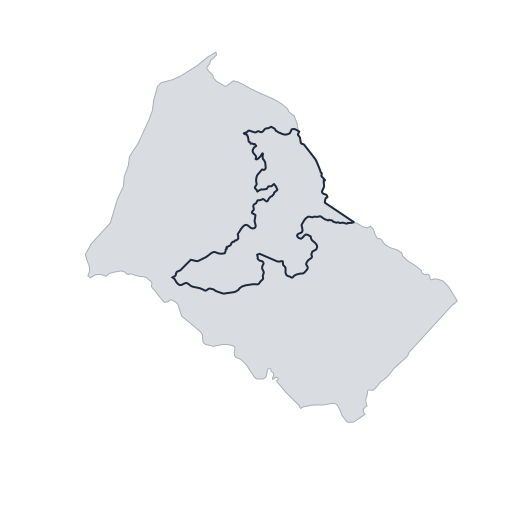 Brong Ahafo highlighted on a map of Ghana, rotated 133°
{"feature_id": "GHA-2159", "entity_name": "Brong Ahafo", "entity_type": "Region", "adm_level": 1, "iso_a3": "GHA", "parent_name": "Ghana", "parent_adm1": "", "projection": "albers", "projection_center": [-1.701, 7.588], "detail": "fine", "context": "in_parent", "style": "outline", "palette": "slate", "viewbox_px": 512, "rotation_deg": 133, "n_neighbors": 0, "source": "natural_earth", "source_scale": "10m", "svg_char_len": 8747}
<svg xmlns="http://www.w3.org/2000/svg" viewBox="0 0 512 512"><g transform="rotate(133 256 256)"><path d="M310.8,71.3L314.5,74.8L315.3,76.8L314.0,84.4L311.3,89.7L309.6,94.7L309.9,97.2L311.5,99.7L317.1,103.6L320.0,106.1L323.4,109.9L327.4,113.7L334.1,118.5L336.9,119.4L336.8,120.8L335.9,122.6L335.3,140.9L334.8,145.6L334.4,148.0L333.8,154.8L333.1,155.8L331.8,155.7L330.6,156.0L330.4,157.3L330.8,158.7L334.9,159.7L334.0,160.7L331.0,161.7L329.6,163.7L330.2,166.1L328.6,168.0L329.1,169.2L330.2,170.1L331.9,169.8L336.6,166.6L338.5,166.3L341.0,166.9L345.5,171.7L345.7,174.0L343.9,182.1L342.2,188.3L341.9,196.6L343.8,201.2L343.6,203.7L341.5,206.0L336.9,209.2L337.2,211.4L339.4,215.4L343.3,219.9L351.1,225.5L355.2,232.8L355.3,235.7L352.9,238.7L350.2,241.3L349.3,245.1L350.7,269.5L344.6,280.2L344.6,283.2L345.2,286.7L346.8,288.9L349.9,289.4L352.5,291.5L351.6,298.9L350.3,306.6L350.1,310.2L349.4,312.0L347.0,313.4L346.1,315.8L346.7,318.8L346.3,321.0L347.6,323.8L350.4,327.3L354.9,336.1L356.7,336.8L357.4,338.6L357.0,340.4L358.7,344.3L363.7,348.1L369.0,351.5L373.2,351.9L374.2,355.0L377.0,358.8L379.1,360.5L382.3,361.6L384.9,362.1L385.1,365.4L380.3,367.6L377.1,371.0L374.7,376.2L371.3,381.8L359.6,384.8L355.2,384.9L331.1,385.1L308.6,396.3L295.7,400.3L287.7,406.6L277.0,411.0L269.5,416.4L253.9,419.0L228.4,427.5L220.4,430.9L212.3,436.8L199.1,443.7L194.0,443.6L183.7,437.1L175.9,433.9L157.0,428.9L142.9,426.9L136.1,424.8L134.2,424.4L135.8,422.1L139.7,422.0L143.9,422.7L147.0,420.9L151.6,420.7L152.8,418.9L153.2,414.2L153.2,410.5L154.8,408.8L155.2,404.3L153.0,394.5L151.4,393.4L143.1,392.0L142.5,390.0L141.0,388.0L139.5,382.9L137.7,375.4L134.9,366.0L129.4,350.6L128.0,345.2L127.1,339.6L126.9,333.0L128.1,330.5L127.9,327.1L127.4,323.7L131.3,315.9L139.0,306.3L140.6,302.9L142.0,300.5L142.2,297.0L143.6,285.8L147.3,272.3L149.6,267.2L151.2,264.5L153.0,260.0L153.5,257.9L160.6,252.6L163.8,251.2L164.5,249.1L163.4,246.8L163.9,245.3L165.6,244.5L168.2,243.9L170.0,241.7L167.1,225.0L164.8,208.4L164.6,207.0L163.2,204.7L161.8,197.8L159.5,193.8L156.2,192.6L156.2,188.9L159.5,182.5L160.4,178.7L158.8,177.6L158.6,174.7L159.8,170.0L159.2,167.1L158.6,164.0L155.2,156.7L154.3,151.6L156.1,148.6L156.1,142.0L154.2,131.8L153.9,125.4L155.2,122.8L154.6,120.2L152.1,117.8L152.0,115.4L154.1,113.2L153.8,111.4L151.2,110.1L148.8,106.9L146.7,102.0L147.2,94.1L151.2,79.5L151.7,78.2L156.2,78.3L156.2,79.0L170.2,78.9L186.1,78.7L205.2,78.5L222.6,78.4L223.3,77.7L226.2,76.9L243.7,78.4L254.7,77.6L259.3,78.1L262.7,79.1L270.3,78.5L274.3,78.8L277.4,82.5L278.6,82.4L280.3,80.9L283.3,79.1L286.4,77.7L288.6,74.8L289.9,72.7L291.9,73.1L294.8,73.0L296.7,71.2L297.5,68.3L310.8,71.3Z" fill="#d9dde1" stroke="#a8b0b8" stroke-width="1"/><path d="M166.2,244.4L167.0,244.1L169.6,242.5L170.0,241.7L164.7,208.8L164.5,207.9L164.8,207.7L165.0,208.0L165.6,208.1L166.8,208.8L169.2,211.4L169.5,211.2L170.0,211.4L170.8,212.2L172.5,215.4L174.6,217.0L175.4,219.0L176.8,219.9L178.3,223.0L178.0,224.1L178.4,225.1L179.1,225.9L179.7,227.2L180.8,227.5L181.1,228.0L181.2,228.6L181.9,229.9L182.4,231.9L182.9,235.6L183.4,236.4L185.1,237.5L185.9,238.2L187.5,240.3L189.3,241.2L190.8,243.7L191.8,244.7L193.9,245.2L196.4,245.2L201.9,244.0L202.6,243.5L203.5,241.9L204.0,241.4L204.7,240.4L205.7,239.3L206.9,238.7L208.3,238.9L210.6,240.0L211.8,240.3L212.9,240.0L213.5,239.2L213.7,238.1L213.7,237.1L212.7,234.9L210.9,234.5L208.7,234.6L206.5,234.3L205.9,233.8L205.4,232.9L205.0,231.9L204.9,230.9L204.4,229.4L204.7,228.9L205.5,227.9L206.1,226.6L206.3,225.5L206.1,222.0L206.2,220.8L206.4,219.5L206.9,218.4L207.7,217.4L210.0,216.4L214.4,217.8L216.1,217.0L216.8,216.8L217.4,216.2L218.0,214.9L218.7,214.4L219.4,214.2L219.9,214.2L223.3,214.9L223.9,214.9L226.0,214.6L227.6,213.9L228.0,213.5L228.7,210.9L229.3,210.2L230.2,209.6L231.6,209.4L234.7,209.3L236.1,209.5L236.9,209.9L238.9,211.8L241.8,213.7L243.3,214.3L244.5,214.6L246.6,214.6L247.1,214.8L247.4,215.0L247.7,215.9L248.0,217.2L248.9,219.1L249.1,220.1L249.1,221.0L248.3,222.7L247.9,223.2L244.9,225.9L244.6,226.3L244.3,226.8L244.2,227.5L244.1,229.4L244.0,230.1L243.5,230.8L242.5,231.8L242.1,232.2L241.7,233.0L242.6,234.0L244.2,235.1L245.0,236.1L245.6,237.1L251.8,254.5L252.1,255.0L254.3,256.0L255.1,254.9L255.6,253.9L256.7,253.2L256.8,252.9L257.0,252.2L256.9,250.4L256.6,249.6L255.7,248.1L255.6,247.5L255.7,246.4L256.1,245.6L256.6,245.2L259.0,244.5L259.7,244.1L261.0,242.9L262.2,239.9L262.6,239.2L263.7,238.5L265.6,237.7L266.4,236.9L267.5,235.6L267.8,235.3L268.3,235.2L269.3,235.2L271.2,235.4L274.4,235.0L275.1,235.2L275.8,235.7L276.7,236.7L278.2,238.5L284.2,243.4L287.4,245.2L288.5,245.6L290.8,246.0L291.9,245.9L292.5,245.7L295.8,246.6L297.0,247.1L305.1,253.6L305.8,254.4L306.4,255.5L309.0,261.4L309.4,264.1L309.6,264.7L311.1,267.3L312.1,268.2L312.7,268.4L315.1,268.9L315.8,269.3L316.1,269.8L316.3,270.4L316.4,271.1L317.8,275.0L321.7,281.5L322.3,283.2L322.6,287.0L323.0,288.2L323.5,288.9L325.6,289.9L327.2,290.4L328.1,290.9L328.8,291.5L329.4,292.2L329.6,294.0L329.6,294.8L329.4,296.5L328.4,299.7L328.4,300.7L328.6,302.5L325.9,301.6L325.5,301.5L325.1,301.6L324.2,302.0L323.2,302.6L322.3,303.0L321.6,303.0L321.1,303.0L319.1,302.0L317.9,301.6L303.2,301.1L300.6,296.5L299.5,295.1L299.1,294.9L290.6,291.7L284.6,290.7L282.8,290.1L281.9,289.6L281.5,289.2L280.9,288.2L279.9,285.7L278.5,283.5L277.5,282.5L276.1,281.3L275.4,280.9L275.0,280.8L274.5,281.1L273.3,281.5L272.8,281.8L271.9,282.6L271.2,282.6L270.8,282.3L270.6,282.3L270.0,283.3L269.4,283.6L269.1,283.5L268.9,283.1L267.3,282.7L266.2,282.1L264.6,282.1L263.9,282.6L263.6,282.7L261.6,282.7L261.0,282.4L260.6,281.8L260.3,281.7L258.9,281.9L258.6,281.7L258.0,281.2L257.8,281.0L255.6,280.8L255.2,280.9L254.5,281.8L253.4,282.7L252.9,283.8L252.5,284.2L251.4,284.5L248.0,285.0L246.8,285.4L245.7,285.4L244.4,285.6L243.1,285.6L241.8,285.4L240.7,285.1L240.0,284.4L239.7,284.0L239.3,283.1L239.2,282.6L239.0,279.1L238.3,277.4L237.6,276.8L236.8,276.3L236.3,276.1L235.5,276.1L234.4,276.6L233.8,277.2L231.9,280.2L231.2,281.1L228.4,282.9L226.5,284.3L226.4,284.7L226.4,285.0L226.9,286.4L227.3,288.1L227.0,288.7L225.8,289.1L224.5,289.1L223.8,289.2L223.3,289.5L222.6,290.2L221.7,291.7L221.3,292.1L220.6,292.5L219.6,292.6L218.6,292.4L217.7,292.0L217.3,292.0L216.6,292.1L215.0,292.6L214.5,292.7L214.1,292.7L213.8,292.5L213.1,291.7L212.4,291.1L211.1,290.4L209.6,289.8L209.4,289.3L209.2,288.6L209.1,286.1L208.8,285.4L208.3,285.1L207.5,285.1L205.3,285.7L203.1,285.8L202.2,285.6L201.5,285.2L201.2,285.1L200.3,285.2L198.8,285.2L198.4,285.3L197.6,285.8L196.8,285.9L194.0,285.5L193.3,285.5L192.8,285.7L192.1,287.8L191.6,288.5L191.5,289.1L191.5,290.1L191.2,291.0L191.1,291.8L191.8,292.1L192.5,292.2L193.9,292.1L194.5,292.3L196.1,294.0L196.8,294.4L199.3,294.0L199.8,294.0L202.2,295.9L203.8,297.6L204.3,297.9L207.9,299.0L207.8,299.5L207.2,300.5L207.3,301.8L206.9,303.3L206.5,303.7L205.4,303.9L204.2,304.1L203.2,304.4L202.6,305.0L201.2,306.9L200.4,307.7L198.8,308.9L197.2,309.8L196.1,310.2L189.0,310.6L188.5,310.5L188.3,310.3L187.9,309.1L187.6,308.9L187.2,308.7L185.9,308.6L185.6,308.7L184.8,309.1L181.2,313.2L180.9,313.7L180.9,314.4L180.4,315.7L180.4,316.9L179.8,317.9L178.6,319.1L177.9,319.7L176.9,320.2L176.7,320.4L176.5,321.2L176.8,321.3L177.5,321.3L179.6,320.7L182.5,320.8L183.7,320.9L184.3,321.1L184.9,321.4L185.2,321.9L185.3,322.1L185.3,322.4L183.8,323.2L183.2,323.9L182.9,324.7L182.4,328.5L181.8,329.7L181.5,330.1L180.5,330.7L178.7,331.3L178.1,331.4L177.4,331.3L175.5,330.9L175.3,331.1L175.0,332.7L175.0,333.3L175.2,333.5L175.9,333.9L176.3,335.5L177.2,336.2L177.5,336.6L176.9,337.9L177.2,338.7L177.3,339.2L176.9,340.0L175.4,341.6L174.9,342.6L174.4,343.1L174.1,344.0L173.6,344.7L173.8,345.6L173.5,346.0L173.4,346.5L173.7,346.9L174.3,347.1L174.5,347.3L174.6,347.9L174.5,348.5L174.1,348.5L172.8,347.6L171.8,347.2L169.6,347.0L169.0,346.6L166.4,341.1L165.8,340.5L163.7,339.8L163.1,339.3L162.8,338.9L162.6,338.3L162.3,337.1L161.7,336.5L161.0,336.1L159.9,335.9L157.7,336.1L157.0,336.1L156.3,335.9L153.8,334.0L153.3,333.8L151.7,333.3L151.2,333.0L151.0,332.7L150.9,331.8L150.4,330.3L150.2,329.2L150.3,328.5L150.9,327.1L150.4,325.3L150.4,324.2L149.4,321.8L149.1,320.6L147.8,318.0L146.3,316.5L144.5,315.5L143.6,315.2L143.0,315.0L142.3,315.2L139.8,316.1L138.8,316.1L138.1,315.7L137.2,314.8L136.6,313.7L136.2,312.5L135.5,309.3L138.5,308.3L138.8,307.9L139.3,304.9L139.6,304.3L142.3,301.0L142.8,299.9L142.8,299.1L142.2,298.1L141.8,297.3L141.8,296.6L144.7,278.6L145.5,276.3L149.7,267.3L150.7,265.8L150.6,264.7L150.6,264.4L151.1,263.9L152.4,263.2L152.9,262.7L153.1,262.0L153.3,257.6L153.5,257.2L153.9,257.2L154.2,257.4L154.6,257.9L155.6,257.1L158.2,254.1L159.3,253.3L162.8,252.2L164.0,251.6L164.5,250.8L164.6,249.8L164.2,248.4L163.4,246.7L163.3,246.0L163.6,245.0L164.0,244.2L164.3,243.9L164.8,243.9L165.6,244.3L166.2,244.4Z" fill="none" stroke="#1e293b" stroke-width="2"/></g></svg>